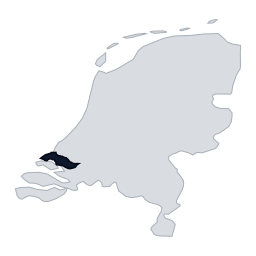 location of Goeree-Overflakkee, Zuid-Holland, Netherlands
{"feature_id": "6326949B86973189891179", "entity_name": "Goeree-Overflakkee", "entity_type": "district", "adm_level": 2, "iso_a3": "NLD", "parent_name": "Netherlands", "parent_adm1": "Zuid-Holland", "projection": "natural_earth1", "projection_center": [4.215, 51.751], "detail": "fine", "context": "in_parent", "style": "filled", "palette": "ink", "viewbox_px": 256, "rotation_deg": 0, "n_neighbors": 0, "source": "geoboundaries", "source_scale": "gbopen_adm2", "svg_char_len": 5303}
<svg xmlns="http://www.w3.org/2000/svg" viewBox="0 0 256 256"><path d="M172.0,236.3L166.0,236.1L160.4,236.0L157.4,235.6L154.2,234.5L152.7,232.1L150.9,229.2L151.4,227.5L156.7,222.5L157.4,221.2L156.9,220.4L157.4,218.2L161.4,210.8L161.9,207.9L160.1,205.8L157.5,204.5L149.0,202.3L144.9,199.3L143.0,196.5L141.1,195.8L138.3,196.7L131.3,197.7L125.6,196.2L118.8,191.1L117.2,186.6L116.4,183.1L114.7,181.9L112.4,183.7L109.6,186.5L103.9,186.8L102.3,186.2L102.0,184.6L101.7,183.1L100.1,181.2L98.4,180.2L91.2,185.4L88.6,185.4L85.2,183.4L83.5,181.4L79.8,182.6L76.5,185.0L77.7,189.6L75.9,190.4L71.8,190.0L67.1,188.1L62.0,187.0L54.2,183.8L43.2,186.4L35.7,183.3L29.4,183.0L25.5,180.6L21.2,176.4L24.2,173.7L27.1,172.8L38.7,172.3L47.1,173.9L62.1,182.9L65.9,182.8L70.0,181.7L67.9,179.2L64.1,178.1L58.5,175.7L54.1,172.3L64.6,171.2L63.1,169.4L61.7,166.5L50.7,156.1L52.6,153.2L55.4,147.2L58.8,142.2L61.6,140.9L66.1,137.3L76.0,126.9L82.2,118.5L86.9,108.4L93.6,80.8L95.6,76.1L98.9,70.9L103.0,71.9L105.9,73.4L116.0,69.5L133.3,59.3L138.4,50.5L143.4,46.4L163.3,38.4L174.3,36.0L191.2,35.4L203.5,34.0L218.2,33.5L223.9,38.4L227.2,42.0L232.5,44.0L240.6,45.4L240.3,52.5L240.5,66.6L240.0,69.1L236.4,75.0L232.7,85.7L231.7,92.7L230.6,94.1L215.0,94.0L212.9,95.2L212.6,96.8L213.4,98.6L213.0,100.4L211.8,101.8L212.5,104.2L215.2,106.8L220.2,108.4L225.4,108.6L228.1,108.3L230.1,110.2L232.1,113.1L232.0,116.8L231.3,121.7L228.9,126.3L221.8,131.5L218.6,133.4L215.6,134.3L214.2,135.7L213.5,137.5L213.7,139.0L218.8,143.3L218.7,144.2L217.3,146.4L215.3,148.5L202.2,152.8L196.7,152.4L193.6,154.6L192.7,155.0L189.2,153.0L181.5,150.8L178.6,151.5L177.0,152.8L172.1,154.3L168.7,156.7L168.7,159.7L174.9,167.6L177.1,169.1L177.2,172.0L180.2,175.7L183.3,180.4L183.7,183.3L183.4,186.3L181.8,190.5L176.6,200.4L176.5,202.3L177.0,203.7L178.8,204.1L180.2,204.9L179.8,206.2L169.9,213.1L168.6,214.3L164.4,213.9L163.8,215.1L164.4,217.0L166.0,218.6L169.6,219.4L172.7,221.2L175.2,224.6L172.0,236.3ZM67.1,188.1L66.3,191.0L64.0,194.1L56.1,198.7L48.0,201.6L43.7,201.3L40.9,199.7L39.3,198.1L34.9,196.5L28.9,195.7L25.2,197.4L22.5,199.0L20.2,198.8L18.4,197.4L17.1,195.3L15.4,188.8L19.8,187.6L29.5,187.1L37.0,189.4L46.9,190.5L54.4,187.4L60.4,190.1L67.1,188.1ZM50.8,161.4L56.6,165.5L57.8,166.9L58.2,168.3L50.9,169.9L43.1,164.9L38.0,166.1L36.0,163.7L36.0,162.2L41.4,160.9L50.8,161.4ZM105.7,61.2L100.0,66.6L96.4,65.1L95.4,63.8L97.2,59.7L105.7,52.8L105.7,61.2ZM131.3,37.6L125.9,38.2L123.4,37.2L136.5,34.2L144.8,33.3L146.3,33.7L131.3,37.6ZM166.5,32.2L155.0,33.4L151.1,32.5L150.4,31.6L153.6,31.1L163.4,30.9L166.4,31.7L166.5,32.2ZM118.7,43.4L107.9,49.0L107.0,48.1L113.9,43.3L118.7,43.4ZM213.3,22.9L207.9,23.2L209.5,21.2L214.5,19.7L217.2,19.7L213.3,22.9ZM190.0,28.3L181.9,30.8L179.9,30.3L180.4,29.5L187.5,28.0L190.0,28.3Z" fill="#d9dde1" stroke="#a8b0b8" stroke-width="1"/><path d="M56.2,153.7L55.9,152.4L53.5,152.5L51.2,152.5L51.1,153.0L50.9,153.1L49.9,153.4L48.8,153.8L48.0,154.0L47.6,154.1L47.4,154.2L47.2,154.2L47.1,154.3L46.1,154.6L45.8,154.7L45.6,154.7L43.8,155.9L43.6,156.1L42.1,157.1L40.5,158.3L43.6,159.4L44.5,160.1L44.8,160.4L45.1,160.4L46.1,160.7L46.5,160.8L47.1,160.7L47.6,160.1L48.2,159.5L48.8,159.2L49.2,159.1L49.3,159.0L50.3,158.8L51.4,159.0L52.0,159.4L52.3,159.6L53.6,159.8L54.6,160.0L54.7,160.5L54.9,161.2L55.3,161.5L55.9,162.1L55.9,162.5L55.9,162.9L56.0,163.6L56.2,164.2L56.6,164.8L56.9,164.9L57.4,164.9L57.7,164.9L57.9,165.0L58.1,165.0L58.9,165.0L59.6,165.1L60.2,165.3L60.3,165.4L61.1,165.5L61.9,165.5L62.8,165.5L63.0,165.7L63.4,165.9L65.2,167.1L65.8,167.4L68.1,168.4L68.3,168.4L68.4,168.5L68.5,168.5L68.9,168.5L69.0,168.6L69.4,168.6L69.5,168.6L69.8,168.6L70.0,168.7L70.3,168.6L70.6,168.5L70.8,168.5L71.0,168.5L71.1,168.4L71.3,168.4L71.5,168.4L71.8,168.3L71.9,168.2L72.0,168.2L72.3,168.1L72.5,168.1L72.8,168.0L73.0,168.0L73.3,167.9L73.5,167.9L73.8,167.8L73.9,167.7L74.0,167.7L74.4,167.6L74.6,167.5L74.7,167.4L74.8,167.4L75.0,167.3L75.1,167.2L75.3,167.1L75.5,166.9L75.8,166.7L75.9,166.4L76.0,166.3L76.1,166.2L76.2,165.9L76.2,165.6L77.0,164.9L77.3,164.7L77.5,164.6L78.1,164.1L78.5,163.9L78.8,163.7L78.7,163.7L77.7,163.6L77.3,163.6L77.2,163.5L76.6,163.6L76.2,163.6L75.8,163.7L75.6,163.7L75.4,163.7L75.2,163.7L74.9,163.6L74.7,163.6L74.2,163.5L73.9,163.5L73.7,163.4L73.4,163.4L73.2,163.3L72.9,163.3L72.7,163.2L72.4,163.1L72.2,163.0L72.0,162.9L71.9,162.9L71.8,162.7L71.7,162.7L71.4,162.5L71.4,162.4L71.2,162.4L70.9,162.2L70.7,162.1L70.3,162.0L70.2,161.9L69.9,161.8L69.8,161.7L69.7,161.6L69.5,161.4L69.4,161.4L69.3,161.2L69.2,161.1L69.1,160.9L69.0,160.7L68.9,160.7L68.8,160.4L68.7,160.3L68.6,160.2L68.4,159.9L68.2,159.7L67.9,159.5L67.9,159.4L67.7,159.3L67.7,159.2L67.4,159.1L67.3,158.9L67.2,158.7L66.9,158.4L66.7,158.2L66.4,158.0L66.2,157.8L66.0,157.7L65.8,157.7L65.5,157.6L65.3,157.6L65.2,157.6L64.9,157.5L64.8,157.4L64.7,157.4L64.4,157.4L64.3,157.5L64.1,157.5L64.0,157.4L63.9,157.4L63.7,157.3L63.7,157.2L63.4,157.1L63.2,156.9L62.9,156.7L62.7,156.6L62.6,156.4L62.3,156.4L62.2,156.3L61.9,156.3L61.7,156.3L61.4,156.3L61.2,156.4L60.9,156.3L60.7,156.2L60.4,156.1L60.2,155.9L59.8,155.8L59.6,155.8L59.5,155.7L59.2,155.7L58.7,155.6L58.3,155.5L58.1,155.4L57.9,155.4L57.6,155.3L57.5,155.2L57.4,155.1L57.2,155.0L57.2,154.9L57.0,154.7L56.9,154.7L56.7,154.5L56.7,154.4L56.5,154.2L56.4,154.1L56.3,153.9L56.2,153.8L56.2,153.7Z" fill="#0f172a" stroke="#020617" stroke-width="1.5"/></svg>